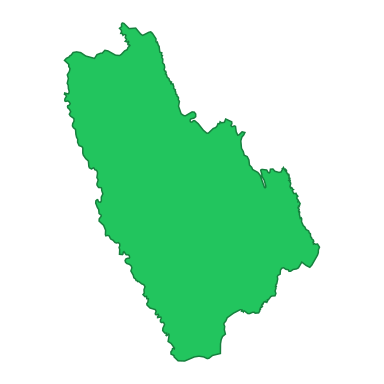 outline of Kasongo-Lunda, Bandundu, Democratic Republic of the Congo
{"feature_id": "63176286B94968684087840", "entity_name": "Kasongo-Lunda", "entity_type": "district", "adm_level": 2, "iso_a3": "COD", "parent_name": "Democratic Republic of the Congo", "parent_adm1": "Bandundu", "projection": "natural_earth1", "projection_center": [17.609, -7.011], "detail": "fine", "context": "isolated", "style": "filled", "palette": "green", "viewbox_px": 384, "rotation_deg": 0, "n_neighbors": 0, "source": "geoboundaries", "source_scale": "gbopen_adm2", "svg_char_len": 5936}
<svg xmlns="http://www.w3.org/2000/svg" viewBox="0 0 384 384"><path d="M150.8,31.8L148.8,32.3L142.7,35.4L140.5,33.9L135.7,28.1L129.1,28.6L123.9,23.4L122.3,23.0L121.5,24.2L121.6,26.7L119.5,28.3L121.4,30.3L121.5,31.7L120.8,33.4L122.1,33.4L123.0,35.3L123.9,34.5L125.6,34.8L125.9,35.3L125.2,37.7L126.5,39.2L126.4,40.0L125.2,41.3L127.4,42.1L128.5,41.4L128.7,42.2L127.7,44.0L128.3,44.9L129.5,44.8L129.9,45.6L128.0,47.5L127.2,49.6L124.6,50.9L121.2,54.5L119.6,55.5L115.6,55.2L107.9,50.9L104.9,50.3L102.2,53.2L100.7,53.2L97.0,54.6L94.5,58.4L85.7,56.0L80.7,52.6L76.6,51.9L73.1,52.5L71.1,55.2L70.1,55.6L68.9,57.1L66.4,58.3L64.5,60.4L68.8,64.4L68.7,66.5L70.0,68.6L69.4,71.4L67.3,74.9L68.4,78.5L67.2,83.3L68.2,85.2L68.4,88.6L69.2,91.3L68.9,93.1L68.1,93.9L64.7,93.0L64.5,94.4L65.7,94.8L66.4,96.3L64.9,98.9L64.8,100.6L65.2,101.3L66.0,101.4L67.7,100.9L69.2,101.9L70.2,103.6L69.4,105.0L67.7,105.8L67.5,106.7L67.8,107.8L69.6,109.5L70.7,111.8L69.3,114.2L70.4,116.0L73.9,118.5L74.0,121.2L72.7,123.6L72.4,125.9L73.4,127.7L75.5,129.4L75.9,134.3L76.6,137.4L77.7,139.2L77.6,142.3L79.1,145.6L81.9,146.6L82.8,148.1L82.8,153.1L83.3,155.1L85.7,158.6L88.4,161.0L88.8,166.2L89.4,167.8L91.5,169.0L93.4,167.9L94.1,168.2L94.8,169.7L96.3,170.2L97.3,171.5L97.5,173.5L96.9,177.6L98.2,179.9L96.9,184.0L97.1,185.3L98.6,187.5L101.2,187.7L101.6,188.3L101.7,190.4L102.9,193.9L101.3,197.1L101.3,200.9L100.4,202.3L98.5,201.8L97.7,199.7L97.2,199.6L95.9,200.8L95.7,203.1L97.4,207.5L98.7,209.5L99.1,213.5L101.1,215.1L101.3,216.1L99.2,218.9L99.1,221.1L103.6,225.3L105.6,230.2L105.4,234.7L105.8,235.8L107.6,235.4L109.1,235.8L110.6,238.9L113.1,240.3L115.0,242.5L116.5,243.0L118.3,242.6L119.7,243.9L119.8,245.8L119.1,247.4L119.7,249.6L119.5,254.3L122.5,254.6L123.0,254.0L123.2,252.3L124.0,251.7L126.1,254.7L128.4,254.9L129.3,255.7L129.6,257.6L129.2,258.2L127.4,258.3L125.9,259.0L125.1,260.5L125.5,262.2L126.8,263.5L129.5,264.4L131.2,265.9L131.9,267.8L130.9,271.0L133.2,275.1L133.9,277.8L135.5,279.0L136.1,280.5L137.1,280.6L137.7,281.6L138.9,281.5L141.6,283.8L143.7,284.6L145.0,286.7L144.0,289.7L144.2,293.2L143.0,294.6L145.0,296.7L146.5,296.3L146.8,298.7L148.3,298.8L147.9,302.1L146.8,303.7L147.0,305.0L150.0,308.0L155.3,309.6L156.1,311.3L155.3,313.4L155.5,314.5L156.2,314.8L158.2,314.3L158.7,315.4L157.6,316.6L157.6,317.6L160.8,317.0L161.3,318.2L160.4,320.1L160.5,321.8L161.6,322.6L163.2,322.3L164.1,323.3L164.5,324.7L162.9,328.2L162.7,330.6L164.8,333.1L166.6,333.2L166.1,335.4L166.7,335.7L168.7,334.1L169.1,335.3L168.1,341.5L171.2,343.5L174.5,348.2L174.3,348.9L173.4,348.3L172.5,348.6L172.1,350.3L170.9,351.9L171.0,354.1L173.9,355.5L174.1,356.9L178.1,360.8L184.7,361.0L194.4,356.9L199.0,356.2L203.7,356.9L207.2,358.6L208.9,358.3L212.6,355.4L220.4,353.5L220.5,343.8L221.2,339.6L222.5,336.5L225.4,334.1L224.3,329.6L224.7,326.5L223.8,324.1L224.1,323.1L225.8,321.0L227.2,317.7L233.6,313.1L240.2,309.7L241.9,309.9L241.6,311.1L242.3,310.9L243.3,311.9L243.5,311.1L244.3,310.9L247.9,313.6L249.6,313.6L252.6,312.3L254.4,312.3L255.1,313.2L258.6,312.9L259.7,311.1L259.7,309.8L260.4,309.5L260.1,308.8L260.7,307.3L261.5,307.5L262.4,306.3L261.6,305.7L261.8,304.8L262.6,304.5L262.6,303.7L263.2,303.7L263.5,302.5L264.4,301.7L265.2,302.1L265.8,301.4L266.8,302.3L267.7,300.6L267.5,299.7L268.5,299.6L270.8,296.6L272.0,296.0L275.0,295.8L275.9,293.5L275.1,291.0L276.0,288.0L275.5,286.8L276.3,286.4L275.8,285.5L276.0,284.3L276.7,283.9L277.7,279.0L277.3,276.5L278.0,275.3L280.1,274.2L280.5,269.9L282.0,268.1L283.6,267.7L285.8,269.3L288.4,269.8L289.0,271.3L290.7,271.2L293.1,269.5L296.5,268.9L298.4,267.9L301.8,262.1L306.2,265.5L309.8,267.3L311.8,265.1L317.5,255.1L318.3,252.7L318.4,249.8L319.5,247.2L317.5,244.0L315.5,244.3L314.3,243.6L313.5,244.0L313.4,242.7L312.9,242.1L313.7,241.5L313.4,240.1L311.7,238.7L311.5,237.5L310.6,236.8L310.4,233.7L309.3,232.9L308.6,230.9L306.0,229.5L304.7,226.8L303.3,225.7L301.5,221.7L301.7,218.8L301.2,217.8L300.3,218.4L299.3,214.2L299.7,212.2L299.5,211.7L298.9,212.1L298.5,211.0L299.2,209.3L298.0,207.9L298.2,207.1L299.2,206.8L298.7,205.9L299.5,205.5L300.1,203.5L298.6,201.2L298.0,201.5L298.3,200.3L296.8,198.5L297.1,196.6L297.8,196.4L297.6,195.8L296.1,194.2L296.1,193.4L293.7,193.5L292.3,190.6L293.3,189.6L292.8,189.5L292.2,188.1L291.1,187.4L290.8,188.1L290.5,187.8L290.0,186.3L290.7,183.7L290.4,182.2L289.6,181.7L290.1,180.7L289.0,180.4L289.8,179.7L289.1,178.7L289.8,178.2L289.0,177.7L289.1,175.7L288.4,175.1L288.8,174.4L287.3,173.7L286.4,171.7L286.5,170.4L285.6,169.4L285.2,170.5L283.4,167.5L282.8,168.7L282.2,168.8L282.3,169.8L280.9,172.1L278.8,172.4L274.8,171.2L272.9,169.0L270.4,169.2L269.9,172.2L269.3,172.9L268.2,172.5L266.7,170.0L262.0,169.4L261.0,169.8L260.7,170.2L261.9,174.5L261.8,176.1L264.2,180.1L265.8,186.0L265.7,187.3L265.1,187.8L264.5,187.5L260.1,175.2L257.8,172.4L252.6,169.5L251.7,167.3L249.5,165.1L248.9,160.0L247.2,156.6L244.2,155.2L243.3,151.6L241.5,148.4L240.8,140.9L241.9,137.1L243.7,135.0L244.9,132.5L242.1,131.8L239.0,134.8L237.8,135.2L236.2,131.8L235.5,126.4L234.4,125.9L232.1,126.7L231.5,126.3L230.9,125.5L231.9,123.7L231.7,121.8L225.7,119.0L224.4,122.3L221.6,122.8L220.1,121.8L219.6,123.7L218.0,123.6L217.1,126.0L215.6,127.6L213.2,128.5L208.4,133.1L206.8,133.2L203.3,130.2L198.2,123.7L194.7,120.7L193.4,120.7L191.8,122.1L190.5,121.9L190.2,121.3L190.1,120.0L190.9,118.9L194.0,118.1L195.7,116.7L195.7,114.0L194.2,112.1L192.1,111.9L185.4,115.8L183.8,115.6L181.1,113.7L178.5,106.2L179.4,101.4L178.3,99.8L178.5,97.8L177.8,96.6L177.1,96.3L176.8,94.5L175.8,94.1L175.7,91.9L175.0,91.0L175.4,89.9L173.6,88.4L173.8,86.8L173.0,84.0L172.3,84.3L171.4,82.7L170.8,83.3L170.6,82.1L171.1,81.8L169.5,80.8L169.0,78.7L167.1,77.1L166.4,74.3L165.5,73.9L166.1,72.5L165.7,71.3L165.1,71.3L164.1,69.7L164.7,67.2L164.2,64.6L162.6,62.8L162.8,59.0L161.7,57.3L162.4,55.5L161.6,55.3L161.4,54.3L161.8,52.8L159.8,52.1L159.1,46.2L158.4,45.6L157.3,42.1L156.7,42.5L155.9,41.4L156.0,38.8L152.2,33.0L151.5,32.9L150.8,31.8Z" fill="#22c55e" stroke="#15803d" stroke-width="1.5"/></svg>